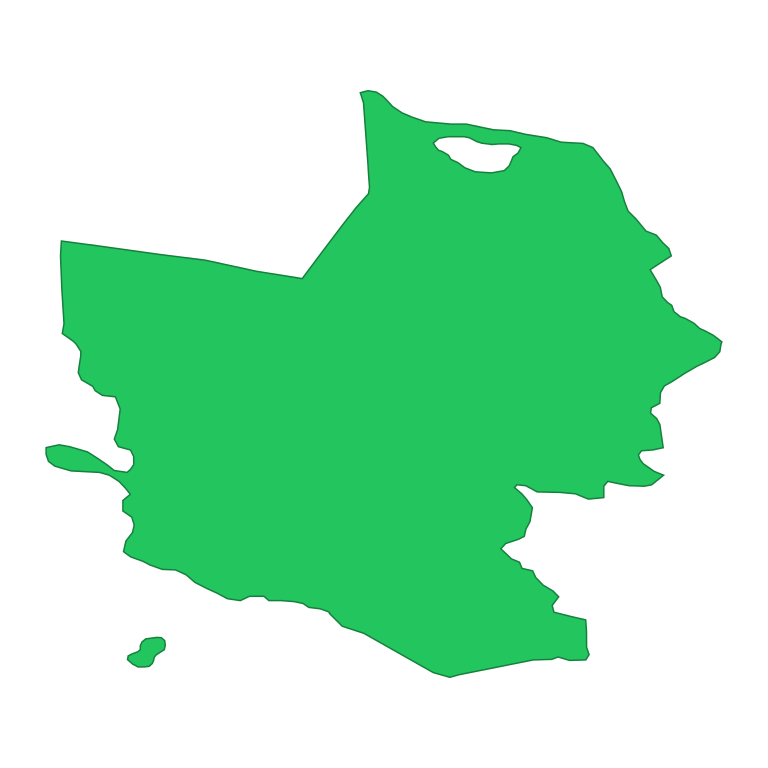 Krokom, Jämtland, Sweden (Robinson projection)
{"feature_id": "70781695B96181238671333", "entity_name": "Krokom", "entity_type": "district", "adm_level": 2, "iso_a3": "SWE", "parent_name": "Sweden", "parent_adm1": "Jämtland", "projection": "robinson", "projection_center": [14.211, 63.788], "detail": "fine", "context": "isolated", "style": "filled", "palette": "green", "viewbox_px": 768, "rotation_deg": 0, "n_neighbors": 0, "source": "geoboundaries", "source_scale": "gbopen_adm2", "svg_char_len": 3248}
<svg xmlns="http://www.w3.org/2000/svg" viewBox="0 0 768 768"><path d="M360.3,92.7L363.5,102.8L368.0,164.8L368.3,170.4L369.0,180.7L369.5,187.3L368.5,193.7L356.4,207.3L342.9,224.5L321.8,252.4L302.2,278.6L256.5,271.3L205.4,260.2L159.2,254.4L101.1,246.3L61.4,241.0L60.5,256.0L61.9,290.2L64.0,323.6L62.3,333.5L73.6,341.5L76.0,343.9L80.8,351.4L80.8,355.7L79.1,366.5L78.3,372.7L81.5,379.8L92.8,386.4L95.2,390.7L102.4,395.4L115.4,396.8L120.2,409.1L117.6,429.6L114.3,439.1L118.4,446.7L130.5,450.0L133.7,456.6L133.7,464.7L130.4,469.5L127.1,472.4L114.2,470.5L106.9,464.7L97.2,458.1L87.5,451.9L69.7,446.7L59.1,444.8L46.1,447.6L46.1,454.3L48.5,461.4L54.9,466.2L71.1,470.9L89.8,471.9L99.5,472.4L109.3,475.2L119.0,481.4L125.4,488.1L130.3,494.3L122.9,500.5L122.9,511.0L131.8,517.2L134.2,524.9L132.5,532.5L125.9,541.1L123.5,551.7L130.7,556.9L142.9,561.3L150.2,565.1L162.4,569.4L175.4,569.9L186.0,574.7L190.1,578.2L194.9,582.4L207.1,588.6L217.6,593.4L227.4,598.7L240.4,600.6L249.4,596.3L264.0,596.3L268.9,600.6L281.1,600.6L294.1,601.6L303.1,603.5L308.8,607.4L320.2,608.8L328.3,611.7L329.5,612.6L329.4,613.4L342.3,626.3L363.8,633.3L433.3,672.6L449.9,677.3L458.7,674.8L534.3,659.7L534.5,659.9L547.1,659.5L551.6,659.4L558.1,657.0L569.5,660.4L585.8,659.9L589.1,654.6L586.6,647.3L586.5,631.4L585.7,619.9L571.0,616.5L553.9,612.2L552.2,605.4L558.7,596.8L553.0,591.0L543.2,585.2L535.8,577.6L532.6,570.8L522.0,568.4L519.5,562.2L511.4,558.9L506.5,554.1L500.8,548.8L505.7,543.5L518.7,539.2L524.3,536.3L525.9,529.2L530.0,521.5L532.4,507.7L526.7,499.5L521.8,493.8L514.5,487.6L516.9,484.8L525.8,485.7L537.2,491.9L560.0,492.4L575.4,493.8L588.4,499.1L603.8,497.6L603.8,486.2L607.8,481.4L619.2,483.8L629.0,485.7L644.4,486.2L651.7,484.8L663.6,475.2L662.1,474.6L654.2,471.4L643.1,463.6L640.0,459.5L638.4,454.9L641.5,450.8L653.1,449.9L663.2,447.7L661.5,435.9L659.9,424.6L656.8,418.7L650.6,413.2L651.3,407.8L659.8,403.3L660.5,392.7L664.3,386.0L672.8,381.1L684.5,373.5L696.8,366.3L704.0,362.9L714.7,357.4L719.8,351.7L721.0,344.3L721.9,341.9L713.3,335.3L705.7,331.2L699.7,328.5L694.0,323.3L685.4,318.5L680.3,316.7L674.0,311.7L671.7,305.3L667.6,302.5L662.2,296.8L660.3,287.3L656.6,280.6L650.1,269.7L658.0,264.5L671.3,255.9L668.8,248.5L662.8,242.8L656.3,235.1L646.0,231.1L636.1,219.1L628.1,211.1L624.6,202.0L621.6,191.7L616.6,181.5L610.2,168.9L603.3,161.0L592.9,147.6L583.0,143.4L561.3,142.2L546.6,137.7L525.4,134.3L509.6,130.6L508.6,130.6L493.4,129.8L479.6,126.9L466.3,124.1L451.1,124.1L425.5,121.8L411.7,117.0L401.9,112.8L392.5,106.5L386.6,100.0L382.7,96.1L376.3,92.1L368.0,90.7L360.3,92.7ZM491.6,144.5L499.3,143.9L508.7,143.9L516.6,145.4L521.0,147.6L518.1,153.0L513.1,156.7L510.7,162.4L509.2,165.8L504.3,170.6L491.5,172.9L475.3,171.8L464.9,167.8L458.0,162.7L450.9,159.4L448.4,155.2L442.4,151.6L438.6,150.3L435.5,146.7L433.3,143.0L439.0,138.3L448.1,136.7L464.1,136.7L469.5,137.8L476.8,141.6L481.8,143.2L491.6,144.4L491.6,144.5ZM132.8,664.2L136.2,665.9L137.8,666.9L144.8,666.9L149.2,666.3L152.2,663.6L153.6,660.4L154.2,657.4L155.9,655.1L158.9,653.1L164.3,649.7L165.3,645.2L164.7,640.6L161.3,637.7L157.0,637.4L156.8,637.4L145.7,638.9L142.0,642.0L140.3,645.8L140.3,649.7L137.9,651.7L131.2,654.3L128.2,655.9L127.5,659.6L132.8,664.2Z" fill="#22c55e" stroke="#15803d" stroke-width="1.5"/></svg>